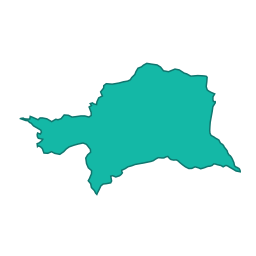 Paramali, Limassol, Cyprus, rotated 262°
{"feature_id": "46923920B35897825724853", "entity_name": "Paramali", "entity_type": "district", "adm_level": 2, "iso_a3": "CYP", "parent_name": "Cyprus", "parent_adm1": "Limassol", "projection": "equal_earth", "projection_center": [32.794, 34.691], "detail": "fine", "context": "isolated", "style": "filled", "palette": "teal", "viewbox_px": 256, "rotation_deg": 262, "n_neighbors": 0, "source": "geoboundaries", "source_scale": "gbopen_adm2", "svg_char_len": 2766}
<svg xmlns="http://www.w3.org/2000/svg" viewBox="0 0 256 256"><g transform="rotate(262 128 128)"><path d="M66.6,87.9L68.0,88.7L71.1,90.9L74.5,93.1L76.0,95.7L75.9,98.9L76.1,103.2L77.8,104.4L82.7,104.2L82.9,106.2L81.2,109.1L81.9,113.0L83.0,114.8L84.4,116.2L86.1,115.7L87.0,115.9L88.2,119.7L89.6,122.6L90.1,126.5L90.9,129.9L91.1,134.8L91.2,138.4L91.5,143.0L91.7,146.2L92.2,148.7L92.9,150.0L93.6,151.6L94.4,153.7L94.0,155.9L93.6,157.5L93.4,159.5L94.1,161.4L94.3,163.5L91.9,165.0L90.8,166.2L89.9,168.7L89.7,171.4L88.7,172.8L86.5,174.6L83.8,177.1L81.5,179.5L79.4,182.6L79.1,185.6L80.2,189.0L78.7,192.4L77.5,194.3L77.9,197.2L78.3,199.3L78.7,200.6L78.9,202.4L78.8,203.9L79.2,206.0L80.5,207.9L80.1,209.7L79.4,211.0L78.7,212.8L77.9,214.9L76.3,216.8L77.2,219.1L77.1,220.5L76.3,221.7L75.1,223.1L72.7,226.2L70.4,229.0L69.6,231.3L69.0,233.0L69.6,233.1L70.5,233.0L71.3,232.8L71.9,232.6L72.6,232.1L73.3,231.1L73.9,230.4L74.2,229.8L74.8,228.9L76.1,228.2L77.6,228.1L79.1,228.0L80.8,227.5L82.4,227.1L84.6,226.3L86.2,225.4L87.4,224.2L89.5,223.3L91.6,223.0L93.1,222.2L95.8,220.6L97.2,220.2L98.6,219.3L99.4,218.2L100.5,217.3L103.4,216.3L104.5,215.0L105.8,213.2L107.0,212.0L109.1,209.2L111.6,208.4L114.4,208.6L117.6,209.2L122.2,210.2L126.2,211.5L132.5,213.6L137.3,215.0L140.8,217.9L142.0,218.0L142.3,216.3L144.3,216.0L147.1,216.5L149.7,218.6L151.8,215.1L153.6,212.8L154.8,211.7L158.2,211.2L162.6,212.4L167.2,213.4L167.4,213.3L168.3,212.7L168.8,211.2L169.2,209.5L169.7,207.0L170.2,204.4L170.6,197.4L173.4,193.7L174.5,191.3L178.4,186.8L179.8,182.7L178.1,176.0L179.7,171.1L183.8,168.7L186.4,165.6L188.0,160.1L189.4,155.6L188.1,152.1L186.7,149.9L185.8,146.2L182.8,143.8L180.0,142.2L177.4,138.7L175.4,137.0L174.5,134.2L174.4,130.0L173.8,125.5L173.6,118.5L174.9,112.6L173.3,109.9L170.9,109.4L167.6,105.9L163.3,107.1L161.9,103.2L158.3,100.9L155.6,100.1L156.6,97.5L157.8,96.3L157.4,94.0L155.3,95.0L154.2,92.4L152.6,92.8L148.5,93.7L145.5,93.3L144.3,90.8L145.9,87.0L146.5,83.1L146.5,77.1L146.6,74.1L148.9,70.7L149.8,66.6L146.5,63.0L145.9,59.8L146.7,57.7L144.9,53.3L148.4,48.9L149.8,44.9L150.2,42.3L148.7,40.1L151.7,35.3L153.1,32.8L151.9,32.4L150.6,32.0L150.7,30.2L151.5,26.7L152.4,25.6L152.4,23.2L152.2,22.9L149.6,27.9L149.2,29.8L147.1,31.4L146.2,32.8L143.3,34.7L138.1,41.3L136.0,41.7L134.2,40.3L135.6,37.8L134.0,37.1L131.9,37.1L130.3,37.8L128.7,42.0L127.6,41.1L125.6,37.9L125.1,35.8L122.3,35.8L122.8,36.4L121.7,38.6L119.5,40.3L114.9,41.3L114.1,45.1L115.2,48.9L113.1,51.9L111.4,56.8L113.5,61.0L115.9,64.0L117.5,67.1L118.5,72.0L119.1,76.6L119.4,81.4L117.8,84.3L116.8,85.1L112.0,87.8L109.2,87.6L107.0,84.3L104.1,82.0L98.5,82.0L94.1,83.2L90.9,86.0L87.5,85.4L86.2,84.5L83.4,82.9L81.3,81.3L78.0,83.3L74.1,83.5L70.7,86.0L68.0,86.9L66.6,87.9Z" fill="#14b8a6" stroke="#0f766e" stroke-width="1.5"/></g></svg>